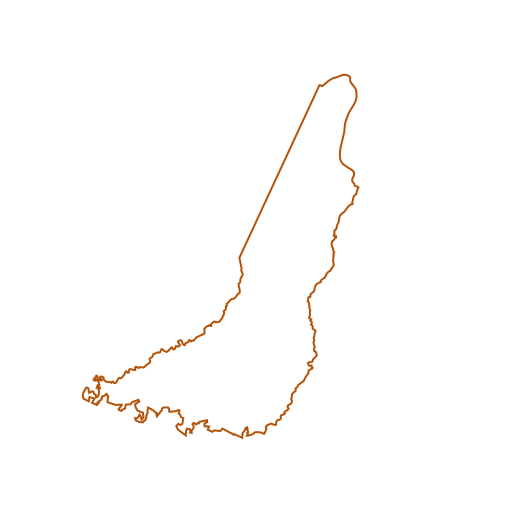 Mironó, Ngöbe Buglé, Panama (Natural Earth projection), rotated 25°
{"feature_id": "35544464B14615778162617", "entity_name": "Mironó", "entity_type": "district", "adm_level": 2, "iso_a3": "PAN", "parent_name": "Panama", "parent_adm1": "Ngöbe Buglé", "projection": "natural_earth1", "projection_center": [-81.895, 8.486], "detail": "fine", "context": "isolated", "style": "outline", "palette": "amber", "viewbox_px": 512, "rotation_deg": 25, "n_neighbors": 0, "source": "geoboundaries", "source_scale": "gbopen_adm2", "svg_char_len": 6140}
<svg xmlns="http://www.w3.org/2000/svg" viewBox="0 0 512 512"><g transform="rotate(25 256 256)"><path d="M323.7,422.7L324.5,422.4L328.3,419.0L329.2,416.8L329.9,416.0L333.1,414.4L336.1,413.7L338.4,413.9L338.7,412.3L338.4,407.9L337.3,407.2L337.3,405.2L340.3,401.6L344.7,401.2L345.4,400.3L344.5,397.6L344.5,396.5L344.9,395.7L346.8,394.2L347.2,393.3L347.1,392.4L346.3,390.9L346.1,389.8L348.6,387.3L348.7,386.6L347.8,386.1L347.7,385.4L349.9,381.7L350.1,380.8L349.9,380.4L348.6,379.7L348.2,379.1L348.3,377.6L349.9,375.3L350.2,373.9L349.9,372.1L348.2,370.6L348.3,368.9L347.1,366.8L347.4,364.4L348.9,361.8L348.7,361.0L347.8,359.0L348.8,357.5L348.8,355.0L352.1,349.0L352.0,345.8L353.0,340.2L352.1,337.5L354.7,333.8L354.5,333.2L353.1,333.0L352.6,331.8L350.6,332.9L349.9,332.9L348.3,330.7L351.6,328.0L351.7,327.2L351.4,325.5L353.1,320.9L352.6,319.7L350.9,317.7L350.5,317.4L349.4,317.7L348.6,317.2L347.9,316.1L347.8,313.9L344.6,310.1L344.5,307.7L343.4,306.8L343.0,305.9L342.8,304.3L341.7,300.5L341.8,298.9L340.4,298.2L338.9,298.2L337.9,297.7L337.1,295.6L334.8,295.0L335.0,293.5L334.4,292.3L332.6,291.6L332.8,290.1L330.8,290.0L330.2,289.6L330.1,287.2L328.5,283.9L328.3,282.6L326.3,280.5L325.8,278.9L324.9,278.3L324.3,276.5L321.9,275.1L321.9,273.6L321.0,271.7L321.2,271.0L322.5,269.9L321.6,267.6L323.4,263.7L323.3,261.8L322.6,259.6L322.5,256.9L323.5,254.7L325.7,252.4L325.1,251.2L326.1,248.6L327.1,247.3L327.8,243.9L327.5,243.3L327.5,242.2L328.3,239.8L329.5,238.1L330.3,232.2L329.8,230.4L327.8,227.7L327.4,226.1L326.3,223.9L326.2,222.5L325.3,221.9L325.4,219.5L323.6,218.5L322.4,216.3L320.8,215.2L319.3,213.0L319.3,211.6L318.8,210.6L319.9,208.2L320.0,206.5L320.9,205.5L320.0,204.1L318.4,204.9L317.8,204.7L317.8,202.9L316.5,200.4L316.5,199.3L317.1,198.1L317.3,196.8L316.6,194.6L316.4,189.5L315.2,185.5L315.1,183.6L316.1,180.9L317.4,178.5L318.4,173.4L319.1,171.1L320.3,169.0L321.6,168.2L320.6,166.7L319.4,161.0L319.6,160.0L320.6,157.5L319.8,153.1L319.9,150.7L319.2,150.3L315.7,150.6L314.5,149.0L311.8,147.8L310.7,145.5L310.7,141.3L309.8,139.2L308.9,138.3L306.8,137.6L296.4,136.1L293.0,134.3L290.7,131.7L288.6,127.4L287.0,122.6L283.6,106.5L280.8,98.4L280.3,95.9L279.6,86.7L280.7,77.6L280.8,74.2L280.4,71.2L279.7,68.8L278.2,65.8L276.1,62.9L273.8,61.3L268.3,58.5L267.4,57.6L266.1,54.8L265.5,54.1L263.9,53.5L260.8,53.9L259.3,54.5L257.3,56.0L253.1,60.4L250.8,62.1L247.9,66.3L244.3,74.0L243.9,74.3L242.9,74.0L241.3,74.3L241.7,264.6L248.0,273.1L248.8,275.4L250.9,277.2L251.8,278.5L251.9,279.9L251.5,282.8L252.7,286.5L252.0,288.9L255.9,294.1L256.7,296.4L255.5,298.6L254.8,302.4L254.2,303.7L252.1,305.3L251.6,306.1L249.7,312.0L249.8,312.4L250.7,313.3L250.1,314.6L251.1,316.6L251.1,317.4L250.5,318.4L250.1,319.8L251.2,320.9L251.6,323.0L251.3,324.3L251.6,326.4L250.9,328.8L251.0,330.5L247.9,333.0L246.2,332.8L244.9,334.6L244.3,336.3L244.3,337.2L244.9,338.4L244.5,338.6L243.0,338.3L242.4,339.6L241.1,340.4L240.9,341.6L239.9,343.7L241.9,347.5L241.9,348.4L236.2,355.1L235.3,359.1L234.1,359.5L233.5,360.7L232.9,361.0L231.2,360.3L230.9,360.5L230.8,363.0L229.0,364.7L229.2,366.8L228.7,367.1L226.9,366.8L224.3,364.2L223.3,364.2L222.6,364.5L221.8,365.5L221.6,366.9L224.6,368.8L224.9,369.3L223.7,371.0L221.5,371.6L221.6,375.0L220.1,375.5L218.6,374.4L218.0,374.5L216.6,379.0L215.5,380.7L213.3,380.9L210.4,380.1L209.6,380.7L209.7,383.9L208.7,384.7L207.2,385.2L206.2,386.7L204.5,388.1L204.7,391.1L203.0,394.0L203.5,394.9L204.5,395.9L204.9,397.4L202.8,401.2L201.6,404.1L201.0,404.7L198.0,405.6L196.9,407.2L194.9,406.9L193.8,407.3L193.5,408.0L194.8,410.1L194.5,410.7L190.3,411.5L189.3,412.0L189.1,412.7L189.9,414.6L190.0,415.4L189.2,416.0L187.1,415.3L186.7,415.7L186.8,418.9L185.7,423.4L185.1,424.1L183.6,424.3L183.1,425.0L182.6,430.2L181.2,431.0L179.2,430.3L178.8,430.7L178.5,432.0L176.7,431.9L175.4,432.7L173.0,433.3L170.8,432.6L169.0,430.5L167.3,430.4L166.0,431.0L165.9,432.0L166.5,432.6L168.6,433.3L168.8,433.8L168.4,434.3L166.0,434.6L165.0,434.3L162.6,431.7L161.8,432.0L161.7,433.3L162.2,435.2L161.9,435.5L161.1,435.5L161.0,436.7L162.5,437.2L164.1,435.5L166.1,436.5L167.4,437.6L168.3,438.8L167.1,440.0L167.3,442.8L167.9,442.7L169.4,440.7L170.5,441.9L169.7,443.8L171.3,445.6L171.7,446.4L172.1,450.2L171.1,451.5L171.2,452.1L169.4,449.6L167.4,449.3L165.6,447.6L164.1,448.5L162.6,450.5L160.3,447.2L159.4,446.5L158.6,446.6L157.8,447.1L157.5,447.8L157.7,449.1L157.3,451.1L157.4,454.1L158.0,455.6L160.0,458.2L165.9,458.4L164.7,454.2L169.9,453.4L169.5,458.4L173.1,458.1L174.6,458.5L175.0,457.8L174.8,456.9L175.2,456.2L174.3,456.5L174.4,455.3L174.8,454.9L175.1,453.4L175.7,453.1L176.7,451.2L175.8,450.0L176.3,448.9L176.1,448.0L178.0,446.5L178.5,444.5L178.8,444.1L181.7,445.8L181.3,446.6L183.3,451.3L191.6,450.3L197.0,447.5L197.4,448.1L196.1,452.8L196.7,453.4L199.5,453.3L199.7,452.0L201.7,449.7L200.9,445.6L204.9,443.5L205.3,441.4L205.9,440.4L210.3,436.0L211.7,437.3L209.0,441.4L209.7,442.1L210.3,443.5L213.6,446.1L220.0,445.9L220.6,447.3L222.4,450.0L221.5,452.6L219.7,450.5L217.6,449.0L217.1,452.9L216.5,453.6L215.0,454.1L216.7,455.9L220.5,455.8L223.9,454.5L224.0,453.4L224.8,452.1L225.0,451.1L225.0,449.0L224.1,447.2L224.0,444.6L223.6,442.9L222.8,441.7L222.8,440.0L222.2,439.1L225.6,439.0L226.2,439.4L228.3,439.3L229.9,440.1L231.5,440.2L232.0,440.5L232.8,441.9L234.0,443.2L234.4,441.9L233.9,441.3L233.7,440.4L234.6,440.3L235.1,439.4L235.3,437.0L235.9,435.8L235.3,434.1L235.9,432.6L240.2,430.4L241.9,431.3L243.1,433.7L245.1,433.0L247.7,431.1L248.6,430.9L250.3,429.2L250.6,428.5L251.8,428.2L252.7,431.6L254.5,431.9L256.1,433.7L258.6,433.7L260.2,439.3L258.9,441.1L256.6,440.9L255.6,443.8L258.9,446.4L268.2,448.3L266.5,444.0L266.7,442.7L266.5,441.6L269.5,440.9L270.3,442.0L270.9,443.9L272.4,443.5L271.7,442.6L271.5,441.4L272.1,438.3L271.0,436.0L269.5,435.2L270.0,433.6L273.2,433.8L273.9,431.8L274.9,431.7L274.9,430.1L281.0,425.5L282.0,427.2L280.2,429.4L281.3,432.1L285.5,430.3L285.7,433.8L290.8,433.8L291.9,431.6L297.7,429.8L298.5,426.6L308.0,427.1L309.2,426.9L310.5,427.5L311.4,427.5L311.9,426.6L320.3,426.6L318.7,422.2L319.8,417.6L319.2,416.7L320.4,415.0L321.6,416.6L321.6,417.0L323.3,418.8L322.8,420.1L324.0,420.8L323.7,422.7Z" fill="none" stroke="#b45309" stroke-width="2"/></g></svg>